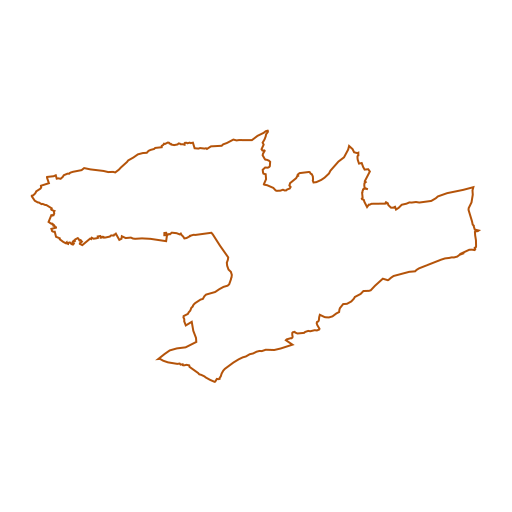 Breznita-Motru, Mehedinti, Romania (Albers equal-area conic projection), rotated 179°
{"feature_id": "2599482B41695775774863", "entity_name": "Breznita-Motru", "entity_type": "district", "adm_level": 2, "iso_a3": "ROU", "parent_name": "Romania", "parent_adm1": "Mehedinti", "projection": "albers", "projection_center": [23.242, 44.564], "detail": "fine", "context": "isolated", "style": "outline", "palette": "amber", "viewbox_px": 512, "rotation_deg": 179, "n_neighbors": 0, "source": "geoboundaries", "source_scale": "gbopen_adm2", "svg_char_len": 6121}
<svg xmlns="http://www.w3.org/2000/svg" viewBox="0 0 512 512"><g transform="rotate(179 256 256)"><path d="M463.6,338.0L461.8,332.4L469.8,330.0L469.6,328.2L470.4,327.1L474.7,324.4L475.1,323.3L476.2,321.9L477.8,320.5L479.1,320.2L479.1,319.5L476.2,315.1L473.1,313.3L472.2,313.3L469.5,311.6L468.4,311.8L465.9,310.7L464.7,310.6L459.4,307.2L459.9,306.0L459.6,305.7L456.8,304.5L457.3,304.0L457.0,302.0L457.7,300.4L458.3,300.6L458.7,300.0L459.9,300.4L462.8,293.7L460.1,291.8L459.4,292.0L458.8,291.7L458.7,290.9L457.6,290.6L457.4,290.1L457.7,289.7L456.6,289.2L456.6,288.4L454.7,288.0L460.1,286.7L459.4,284.4L458.2,283.8L456.8,283.8L455.6,278.7L451.9,277.1L451.9,276.1L448.4,273.4L446.0,272.1L445.0,273.0L444.7,271.8L443.7,271.4L443.6,272.4L441.9,272.8L440.2,271.1L438.8,270.6L438.0,271.5L439.0,272.3L439.2,273.0L438.2,274.3L437.2,273.7L436.8,274.1L437.2,274.7L436.5,275.7L433.9,277.0L433.3,276.5L432.2,274.5L431.1,275.0L429.8,273.4L431.9,271.8L431.9,271.2L429.5,269.9L421.5,276.3L420.5,275.8L419.9,277.1L418.1,276.1L415.2,276.5L413.7,276.9L413.9,278.3L411.3,278.7L411.0,278.3L411.0,277.0L409.9,277.1L409.2,277.9L408.4,277.8L408.5,277.3L407.9,277.0L406.2,277.1L401.7,278.0L400.9,278.9L400.2,279.1L397.9,278.9L397.2,280.0L396.3,280.0L395.7,280.7L392.4,274.5L390.2,275.6L389.8,278.1L386.0,276.2L380.8,276.6L378.7,275.6L376.6,275.3L369.7,275.6L361.2,275.0L345.6,272.4L344.6,278.4L347.3,278.4L347.2,280.6L345.4,280.8L344.3,278.5L342.6,279.5L341.7,279.2L339.8,280.8L335.0,280.2L331.8,278.9L330.8,279.7L330.2,278.5L328.4,276.6L327.3,274.8L325.1,275.2L321.4,277.1L321.5,277.4L317.9,278.3L316.4,278.1L300.2,280.0L298.8,278.3L291.8,266.9L283.8,255.1L284.2,252.7L285.3,249.8L285.0,246.7L283.7,242.9L281.4,240.6L280.5,237.5L280.9,234.8L281.3,234.3L281.4,233.3L283.3,228.2L284.9,226.8L289.0,225.7L293.2,223.5L297.5,220.7L306.6,218.3L308.3,216.7L309.9,214.0L312.2,213.4L317.6,210.0L318.9,208.8L319.9,207.5L320.1,206.6L321.5,205.4L322.7,202.5L324.3,200.8L325.1,199.3L329.4,197.2L329.6,195.7L329.0,194.7L328.8,193.6L328.9,191.9L327.4,187.8L321.4,191.3L320.0,182.3L317.4,175.1L317.2,171.1L328.0,165.9L336.7,165.0L343.9,163.1L349.1,159.6L355.5,154.7L353.8,154.8L350.6,152.9L345.9,151.2L336.5,149.5L334.2,149.8L333.3,148.7L331.2,149.0L331.0,148.1L330.0,147.9L327.3,148.4L324.7,147.8L324.4,146.3L315.9,140.0L314.8,138.7L312.8,138.1L309.6,136.5L308.5,135.5L304.0,132.9L299.6,130.9L299.0,131.1L297.3,133.8L295.7,133.5L294.5,133.8L294.4,135.0L293.4,136.1L292.4,139.1L290.7,142.0L289.1,143.7L280.4,149.9L275.1,153.0L271.0,154.9L267.9,155.7L264.0,157.9L260.6,158.6L257.1,160.3L254.2,161.0L251.9,160.8L247.9,162.1L239.4,161.7L232.9,163.1L221.1,166.7L227.6,171.3L226.8,172.1L222.7,173.2L221.9,173.1L221.0,173.9L220.8,175.2L221.1,176.1L221.1,178.4L220.5,179.1L218.7,179.5L218.2,178.8L215.9,177.8L209.3,178.3L208.2,179.2L205.1,180.2L203.1,179.8L198.6,180.8L196.4,180.5L194.1,181.4L193.8,182.1L195.9,185.8L196.5,187.7L196.2,188.9L195.1,189.4L194.5,190.1L194.2,191.1L193.9,193.7L193.2,196.1L188.4,193.7L187.2,193.5L184.2,193.3L180.6,194.3L176.6,197.2L173.9,198.5L173.5,201.0L173.0,202.4L169.7,206.4L165.9,206.6L161.5,208.9L158.9,211.6L157.9,213.3L152.1,216.2L149.2,219.1L143.6,219.2L141.9,219.7L137.5,224.2L129.6,231.1L124.6,229.5L124.0,229.7L121.4,231.9L118.8,233.6L103.1,237.5L97.2,237.9L95.7,239.3L93.2,240.8L71.0,249.1L67.0,250.3L62.7,250.7L60.5,251.2L58.1,251.1L54.8,251.9L52.5,253.6L49.7,254.6L50.6,255.0L42.7,258.5L40.0,258.6L37.3,258.1L36.7,259.0L37.2,259.7L37.2,260.4L36.1,260.9L35.8,261.9L35.8,267.8L36.5,272.7L36.7,276.3L36.3,276.7L33.8,277.0L32.9,277.6L36.8,278.6L37.7,281.6L37.7,282.5L38.8,283.6L39.4,286.8L42.7,298.4L42.5,300.2L39.6,305.8L38.2,313.5L38.4,317.8L37.5,321.0L47.7,318.5L63.8,315.5L73.1,312.4L75.2,310.6L79.8,308.0L91.8,306.6L95.1,307.2L99.5,306.7L101.7,306.9L104.6,305.7L109.4,304.7L112.6,301.6L115.2,300.0L116.1,302.8L116.7,302.6L116.8,301.9L120.2,302.0L122.8,304.6L123.3,306.4L125.1,307.5L125.7,306.6L125.5,306.2L126.0,306.1L139.6,306.2L141.5,305.3L142.3,305.4L144.1,303.0L146.6,308.1L147.3,310.3L148.9,310.9L149.2,311.5L148.4,312.4L148.8,317.4L148.5,317.7L148.4,319.0L147.9,319.9L147.8,320.7L147.3,321.2L145.3,321.4L143.0,320.8L145.8,322.0L146.3,322.6L146.5,324.9L146.3,326.9L145.0,328.0L145.9,328.9L140.7,338.5L142.3,340.8L145.9,340.5L147.3,343.1L148.7,347.1L151.4,346.6L152.6,350.4L152.8,352.1L152.8,353.8L152.4,354.6L151.9,354.8L151.9,357.5L152.9,357.1L156.1,358.0L157.6,361.2L161.0,364.4L162.0,360.8L166.3,353.1L171.9,349.0L180.1,340.0L181.6,337.2L186.1,333.1L189.5,330.9L194.4,328.8L197.2,328.5L197.9,330.4L197.6,331.7L197.8,334.6L198.6,336.4L199.0,337.0L199.9,337.3L200.7,338.8L201.5,339.1L211.0,338.1L212.8,336.7L213.1,336.1L212.5,335.4L213.6,334.7L214.5,333.1L220.6,328.3L221.4,325.9L220.2,324.4L221.1,322.9L223.8,321.9L224.6,321.1L226.2,321.0L227.9,321.8L230.5,320.9L234.1,320.8L235.2,321.2L237.5,323.8L243.7,326.6L246.6,327.2L246.9,327.6L244.6,332.6L244.9,337.6L247.1,338.2L247.5,339.2L247.8,342.1L245.3,344.3L242.6,344.1L241.2,344.8L240.6,345.6L240.2,349.9L241.4,351.1L243.5,352.0L245.0,352.2L245.7,353.1L247.6,356.6L247.2,358.2L245.5,361.0L245.8,361.4L247.7,361.3L248.6,362.7L246.4,367.2L247.4,369.2L245.4,372.5L244.2,375.5L243.8,377.5L242.0,379.8L241.9,380.7L242.1,381.1L244.1,380.6L246.2,379.0L252.4,376.1L258.1,371.9L271.1,372.2L273.4,371.9L276.6,372.8L283.1,369.5L286.9,368.2L288.4,366.8L299.1,366.4L303.2,363.9L304.1,364.6L305.5,364.3L310.0,364.9L311.7,364.4L315.5,364.8L317.1,370.4L319.4,370.0L320.3,370.5L322.6,369.9L323.4,370.4L325.0,370.4L325.3,370.2L325.5,368.5L327.1,369.0L329.3,369.0L330.2,369.7L331.4,369.9L332.5,368.9L335.9,368.3L338.8,368.9L339.1,369.6L340.5,369.9L340.9,370.7L342.1,371.0L345.1,369.6L346.0,369.9L346.8,368.7L348.3,367.8L348.4,366.4L354.9,365.8L356.0,364.8L359.6,363.9L361.6,363.0L363.4,361.1L367.4,360.9L372.3,359.7L376.9,356.6L382.1,353.8L383.4,352.2L389.6,346.8L391.6,344.7L395.3,342.0L397.4,342.6L402.3,342.5L407.0,343.7L420.1,345.5L426.3,346.9L428.9,344.9L437.4,343.4L439.8,342.7L440.8,342.2L441.2,341.6L443.1,341.6L446.8,340.1L447.8,338.5L450.0,336.6L452.3,337.1L453.9,336.8L454.8,340.2L456.9,339.3L463.5,338.7L463.6,338.0Z" fill="none" stroke="#b45309" stroke-width="2"/></g></svg>